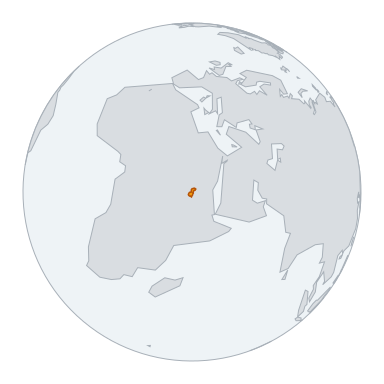 globe centered on White Nile, rotated 40°
{"feature_id": "SDN-879", "entity_name": "White Nile", "entity_type": "State", "adm_level": 1, "iso_a3": "SDN", "parent_name": "Sudan", "parent_adm1": "", "projection": "orthographic", "projection_center": [32.247, 13.605], "detail": "fine", "context": "on_globe", "style": "filled", "palette": "amber", "viewbox_px": 384, "rotation_deg": 40, "n_neighbors": 0, "source": "natural_earth", "source_scale": "10m", "svg_char_len": 9599}
<svg xmlns="http://www.w3.org/2000/svg" viewBox="0 0 384 384"><g transform="rotate(40 192 192)"><circle cx="192" cy="192" r="169" fill="#eef3f6" stroke="#a8b0b8"/><path d="M142.3,30.5L143.5,30.2L147.1,29.1L149.5,28.5L149.3,28.7L144.4,30.0L143.8,30.1L142.3,30.6L139.9,31.3L141.0,31.1L135.1,33.0L140.6,31.4L135.6,33.3L131.8,34.5L132.7,33.9L130.5,34.6L142.3,30.5ZM102.5,48.7L103.8,47.9L110.2,44.2L112.1,43.3L118.4,40.2L116.9,41.3L112.0,44.3L106.6,47.2L104.3,48.8L109.0,47.0L98.6,53.8L91.0,61.2L88.4,63.2L84.0,64.7L85.1,62.0L79.5,66.0L82.6,64.3L75.9,70.2L74.6,71.8L74.6,72.3L76.9,70.6L74.5,73.0L70.6,75.0L72.7,72.8L73.9,72.0L74.4,71.0L71.7,73.3L68.6,76.6L79.0,66.4L90.4,57.0L102.5,48.7ZM24.7,168.1L24.0,175.3L24.6,184.4L24.7,192.4L24.3,196.2L25.2,199.0L25.2,201.9L31.3,212.3L36.6,222.8L38.0,232.8L36.4,241.8L42.0,264.0L41.1,267.4L45.5,276.2L46.8,278.4L40.7,267.2L35.5,255.6L31.1,243.6L27.7,231.3L25.2,218.8L23.6,206.2L23.0,193.5L23.4,180.7L24.7,168.1ZM118.8,39.8L118.6,40.0L117.5,40.5L118.8,39.8ZM121.8,38.4L120.7,38.9L121.9,38.3L122.6,38.0L121.8,38.4ZM126.8,36.1L130.8,34.6L122.8,38.1L124.3,37.2L125.7,36.6L126.8,36.1ZM148.1,28.8L148.3,28.8L144.5,29.9L145.9,29.4L148.1,28.8ZM159.4,26.2L160.5,26.0L153.7,27.4L159.4,26.2ZM150.7,28.3L151.6,28.0L156.6,26.8L155.6,27.2L154.3,27.4L150.7,28.3ZM153.1,27.8L155.0,27.5L152.5,28.3L150.1,28.5L153.1,27.8ZM158.3,26.5L160.6,26.0L159.0,26.3L158.3,26.5ZM144.7,31.4L145.7,30.7L148.4,30.0L144.7,31.4ZM155.9,27.4L156.7,27.2L157.9,26.9L158.6,27.0L155.9,27.4ZM167.2,24.9L166.6,25.0L170.4,24.4L170.9,24.5L165.5,25.2L168.0,24.9L168.1,25.0L163.6,25.6L167.2,24.9ZM162.8,26.3L156.2,27.8L153.7,29.0L151.3,29.5L155.7,27.6L162.8,26.3ZM163.7,25.8L162.6,26.2L160.1,26.6L159.3,26.5L163.7,25.8ZM173.1,24.3L173.8,24.0L174.9,23.9L173.1,24.3ZM162.6,26.6L164.2,26.2L162.7,26.6L162.6,26.6ZM170.4,24.8L170.5,24.7L171.8,24.5L170.4,24.8ZM167.3,25.8L165.2,26.2L164.6,26.1L167.3,25.8ZM169.1,25.3L170.9,25.2L165.7,25.9L169.0,25.3L169.1,25.3ZM171.6,24.7L172.4,24.6L171.4,24.8L171.6,24.7ZM170.9,26.3L164.4,27.2L163.1,26.8L169.5,25.9L170.9,26.3ZM271.0,42.7L273.7,44.2L287.1,52.8L286.2,51.8L288.6,53.4L298.1,60.5L307.1,68.3L321.3,84.2L326.2,89.7L329.3,93.7L331.0,96.8L326.7,90.9L324.8,89.3L322.1,85.8L323.5,89.5L319.6,84.7L322.6,90.5L325.9,94.0L326.1,92.1L330.4,99.8L335.8,105.9L340.9,114.7L346.8,132.5L346.2,139.4L347.1,142.5L344.5,140.0L344.6,147.0L352.2,162.5L353.2,167.6L351.7,179.0L351.0,175.3L344.2,168.5L345.5,181.0L350.7,189.3L352.6,200.6L349.7,198.2L347.5,188.4L345.0,185.7L343.9,174.9L338.4,160.3L335.3,164.6L333.8,158.3L325.8,147.2L320.3,153.2L312.9,172.6L314.8,188.8L310.9,196.9L299.2,175.5L294.0,160.4L289.7,162.6L277.6,151.2L256.7,153.1L253.7,149.3L249.8,151.6L241.3,148.4L236.8,142.2L231.7,143.1L243.6,159.4L249.2,158.6L253.8,151.5L256.1,157.5L264.3,162.3L255.1,178.3L224.1,194.1L221.2,182.0L198.2,149.8L199.0,146.1L198.9,145.7L198.6,144.9L196.4,151.0L192.4,144.7L204.6,167.2L206.6,177.1L223.7,194.9L222.1,196.9L227.6,200.4L245.4,194.6L245.5,198.7L237.0,218.1L212.4,244.7L215.8,261.3L214.1,275.4L199.0,284.9L200.6,295.3L192.9,299.1L192.6,304.8L186.5,310.9L176.2,316.5L158.5,316.1L157.1,311.0L147.9,300.6L135.0,274.8L139.3,263.1L137.6,253.6L124.8,231.6L127.6,219.9L124.2,214.6L117.2,215.3L113.4,209.0L109.2,208.5L83.2,209.8L75.6,200.8L67.1,175.0L71.9,166.0L73.3,154.9L107.3,121.4L113.9,124.2L140.1,121.5L143.3,123.0L139.6,131.3L158.8,142.7L165.6,135.7L183.6,141.8L195.9,141.6L201.3,125.8L181.1,125.7L178.2,118.1L194.8,111.6L212.5,112.5L211.9,109.6L201.2,103.3L205.7,98.2L197.5,100.8L200.5,103.6L195.4,105.6L192.4,103.2L194.2,101.3L189.0,100.0L182.1,110.1L184.4,114.1L170.4,115.8L172.9,122.8L169.0,126.0L163.3,115.5L164.3,111.7L153.4,100.6L151.2,104.6L161.3,115.6L157.9,114.6L155.0,121.0L154.5,115.5L144.1,103.3L131.9,105.2L115.5,120.2L108.5,121.1L103.1,117.4L109.9,101.7L124.7,101.7L127.3,96.9L125.1,89.7L129.8,90.5L130.7,87.8L136.4,87.8L145.1,81.9L150.9,81.5L155.1,73.9L158.7,72.9L155.2,77.5L155.9,80.9L170.6,81.0L173.6,79.4L175.2,74.7L179.0,75.6L178.6,71.1L187.4,69.6L176.3,67.8L177.8,63.0L183.5,59.6L182.0,58.0L172.8,63.6L170.9,66.3L172.4,68.9L165.4,77.0L160.3,78.2L160.0,69.3L152.6,70.4L155.6,63.6L178.8,51.2L188.1,49.3L201.9,55.4L199.3,58.1L193.1,57.0L198.2,62.0L198.1,59.6L201.3,60.7L203.5,57.1L205.9,57.7L204.0,53.4L207.1,53.8L208.3,56.5L214.3,52.2L221.1,52.5L221.3,51.3L219.6,49.9L229.3,51.6L229.0,50.7L225.7,49.7L223.1,47.4L222.1,44.1L225.5,44.8L226.3,46.1L233.1,50.3L234.7,54.0L236.0,54.0L235.5,51.0L227.2,45.9L225.6,43.8L230.0,45.8L228.3,44.9L228.6,44.1L232.1,44.2L227.5,41.9L226.3,34.2L232.9,34.1L236.9,36.4L239.6,33.6L246.9,34.9L243.9,33.8L243.1,32.5L240.8,32.0L239.3,31.4L236.4,29.1L238.3,29.5L237.6,29.3L249.1,33.0L260.2,37.4L271.0,42.7ZM95.1,139.1L94.0,142.3L95.1,139.1ZM231.0,122.0L241.7,122.1L237.1,112.6L240.8,112.1L237.9,109.3L236.7,112.0L229.6,104.4L234.2,101.5L233.0,97.6L229.4,97.4L222.0,104.1L232.2,114.7L229.6,118.7L231.0,122.0ZM76.2,70.0L76.4,70.0L75.9,71.0L75.0,71.5L76.2,70.0ZM80.3,70.8L76.4,74.8L78.6,72.1L76.6,73.2L78.8,69.4L87.2,64.1L83.0,67.0L80.3,70.8ZM84.0,63.4L81.7,66.0L83.9,63.4L84.0,63.4ZM130.1,74.7L131.8,76.4L129.2,79.3L121.8,81.1L125.4,76.8L130.1,74.7ZM134.7,78.3L136.6,69.7L141.2,68.7L138.3,70.6L141.2,70.8L137.3,74.0L140.0,82.0L137.9,85.2L125.3,86.0L130.6,83.7L128.6,82.0L134.7,78.3ZM132.9,54.0L133.8,51.5L142.8,52.3L141.0,54.7L133.5,56.2L131.2,54.5L132.9,54.0ZM130.2,35.8L129.9,35.6L131.3,35.1L132.6,34.9L130.2,35.8ZM144.9,31.1L132.7,36.2L131.8,36.2L125.8,39.9L121.0,41.4L125.1,38.8L116.9,43.0L118.6,41.4L113.4,44.4L122.9,38.6L124.2,37.6L124.6,38.0L128.9,36.6L131.2,35.7L138.6,32.6L143.4,30.4L148.5,29.1L150.8,28.8L150.4,29.1L147.2,29.7L149.0,29.7L144.1,31.0L144.9,31.1ZM174.9,32.1L171.4,31.7L174.1,34.0L169.2,34.3L169.8,34.6L166.0,35.7L162.5,37.7L160.4,37.6L160.0,38.5L157.5,39.4L156.1,40.6L151.9,41.1L149.9,42.7L149.0,42.1L146.7,44.8L146.5,43.1L143.2,44.5L145.2,45.4L125.2,47.7L117.1,50.8L110.4,54.6L110.8,51.8L117.4,46.8L126.6,41.6L134.4,39.4L133.2,38.8L136.6,37.7L136.1,38.6L138.9,36.5L141.5,35.9L149.7,32.9L152.0,30.8L155.1,29.9L155.5,30.4L158.3,29.1L161.2,29.6L163.5,29.0L168.6,29.1L168.1,30.8L170.7,30.1L174.7,30.5L174.9,32.1ZM172.2,26.3L172.8,27.7L170.4,28.8L162.4,28.2L160.0,28.7L154.8,28.9L158.4,27.4L159.5,27.5L161.5,27.2L159.6,27.7L162.6,27.1L164.3,27.2L167.0,26.9L166.4,27.4L172.2,26.3ZM147.2,120.0L149.8,120.5L153.8,120.3L152.0,124.5L147.2,120.0ZM139.9,111.8L142.3,111.3L141.7,116.7L139.1,116.5L139.9,111.8ZM144.0,106.8L142.4,110.9L141.7,108.5L144.0,106.8ZM157.4,77.0L160.0,76.5L160.1,77.6L158.4,79.3L157.4,77.0ZM181.9,40.9L180.3,40.0L181.2,39.6L180.7,37.1L184.3,36.9L186.0,38.3L181.9,40.9ZM197.6,128.5L193.8,131.5L192.0,130.1L193.7,129.3L197.6,128.5ZM171.6,128.1L177.3,130.2L171.1,129.2L171.6,128.1ZM185.8,40.2L185.2,39.1L187.3,39.7L185.8,40.2ZM186.9,36.6L189.5,37.1L184.7,36.6L186.9,36.6ZM258.7,336.3L259.3,337.5L256.9,338.0L258.7,336.3ZM243.0,271.6L231.3,296.1L223.3,296.6L221.9,289.8L226.3,275.2L235.6,270.4L240.2,263.4L243.0,271.6ZM358.3,221.9L358.3,221.5L358.3,221.9ZM358.4,219.7L358.8,219.0L358.1,221.5L358.4,219.7ZM358.1,220.4L354.5,223.7L352.5,223.0L353.4,219.9L356.5,218.4L358.1,220.4ZM353.2,219.9L349.7,214.1L341.9,194.3L344.8,193.6L352.3,204.3L351.9,206.9L354.1,211.8L353.2,219.9ZM360.1,200.2L359.6,207.7L358.0,209.0L357.0,208.7L356.4,199.9L356.8,194.9L357.7,194.3L359.1,175.7L360.0,178.6L360.1,186.1L360.7,191.7L360.1,200.2ZM315.5,190.2L319.4,199.2L317.1,201.3L315.5,190.2ZM357.9,163.7L358.5,171.6L357.5,161.5L357.9,163.7ZM356.3,154.6L357.1,157.9L356.2,155.1L356.3,154.6ZM348.6,147.2L347.7,148.7L346.9,146.4L347.5,143.0L348.6,147.2ZM344.7,122.3L347.7,129.1L348.6,131.5L346.8,127.7L344.7,122.3ZM215.6,40.2L212.2,43.5L212.1,46.6L215.8,48.9L209.2,47.4L209.3,42.7L215.6,40.2ZM224.6,34.6L221.3,33.1L223.6,33.2L224.7,33.6L224.6,34.6ZM222.0,34.1L216.3,33.5L215.0,32.4L219.8,33.0L222.0,34.1ZM201.0,36.0L199.8,36.9L198.0,36.3L201.0,36.0ZM338.3,276.5L341.9,269.8L342.0,269.7L346.4,260.2L348.7,255.2L343.9,266.0L338.3,276.5ZM360.9,197.1L360.9,198.0L360.8,198.8L360.6,202.4L360.7,200.4L360.1,209.1L360.0,209.4L360.4,202.4L360.8,193.2L360.9,189.2L360.9,187.9L360.9,189.7L360.8,192.8L360.9,196.9L360.9,195.2L360.9,197.1ZM359.5,169.9L359.3,168.7L359.6,171.7L358.7,164.6L359.5,169.9ZM358.2,161.5L358.5,164.2L357.6,158.8L358.2,161.5ZM358.2,162.4L357.3,158.4L357.5,158.4L358.2,162.4ZM357.6,158.4L356.7,154.3L356.8,154.8L357.6,158.4ZM355.1,149.6L356.8,155.1L356.0,153.8L352.2,140.9L352.2,140.0L355.1,149.6ZM330.2,94.8L330.6,95.4L331.0,96.0L335.1,102.2L332.1,97.7L328.3,92.2L330.2,94.8ZM238.1,31.2L236.2,30.5L237.4,30.6L238.1,31.2ZM231.6,28.8L231.5,29.1L230.2,28.4L231.6,28.8ZM231.6,30.2L230.8,29.1L233.6,30.6L231.6,30.2Z" fill="#d9dde1" stroke="#a8b0b8" stroke-width="1"/><path d="M194.8,196.1L193.4,196.1L193.4,196.3L193.4,196.5L192.5,196.7L191.5,196.7L191.1,196.2L190.9,196.1L190.7,196.1L190.4,195.0L190.3,194.0L190.3,193.9L190.6,193.5L191.1,193.2L191.3,193.1L191.4,192.9L191.4,192.7L191.5,192.4L191.4,192.3L191.2,192.2L190.9,192.0L190.9,191.9L190.7,191.6L190.5,191.2L190.4,191.1L190.2,190.9L190.0,190.6L189.9,190.2L189.9,189.8L190.0,189.4L190.0,189.2L190.3,189.0L190.4,188.9L190.5,188.9L190.8,188.2L191.2,187.9L191.2,187.7L191.3,187.7L192.2,187.3L192.4,187.4L192.5,187.4L193.0,187.3L193.1,187.5L193.0,187.8L192.9,187.8L192.9,188.0L193.1,188.1L193.2,188.3L193.2,188.7L193.2,188.8L193.1,189.0L192.8,189.3L192.7,189.6L192.5,189.9L192.5,190.0L192.6,190.4L192.7,190.7L193.0,191.1L193.1,191.4L193.1,191.5L193.1,192.1L193.3,192.2L193.6,191.9L193.7,192.0L193.8,192.1L193.8,192.3L193.8,192.7L193.9,193.0L194.1,193.6L194.4,194.0L194.4,194.4L194.4,194.6L194.4,194.8L194.8,196.1Z" fill="#f59e0b" stroke="#b45309" stroke-width="1.5"/></g></svg>